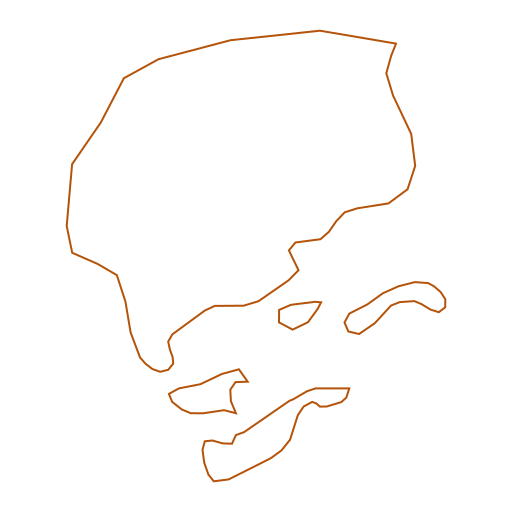 map outline of Central Andros (orthographic projection)
{"feature_id": "BHS-5020", "entity_name": "Central Andros", "entity_type": "District", "adm_level": 1, "iso_a3": "BHS", "parent_name": "The Bahamas", "parent_adm1": "", "projection": "orthographic", "projection_center": [-77.885, 24.401], "detail": "fine", "context": "isolated", "style": "outline", "palette": "amber", "viewbox_px": 512, "rotation_deg": 0, "n_neighbors": 0, "source": "natural_earth", "source_scale": "10m", "svg_char_len": 1534}
<svg xmlns="http://www.w3.org/2000/svg" viewBox="0 0 512 512"><path d="M396.0,43.6L391.1,56.0L386.3,73.3L393.0,95.4L411.2,133.9L415.2,165.9L407.6,189.2L388.5,203.4L357.4,208.3L344.7,212.3L336.1,221.4L328.9,231.8L320.5,239.2L295.4,242.5L288.9,250.4L298.5,270.2L288.6,280.3L258.5,301.2L243.6,305.7L214.8,305.9L204.9,310.5L172.4,334.3L168.2,341.6L169.9,349.6L172.6,356.9L173.2,363.6L168.2,369.8L160.2,371.8L152.3,369.0L145.3,363.5L140.0,357.4L130.6,332.4L125.4,301.4L116.8,275.1L97.5,263.9L72.2,252.8L66.7,226.0L72.1,164.2L100.8,122.5L123.9,78.2L158.5,59.2L230.6,40.2L319.9,30.7L396.0,43.6ZM281.5,450.4L270.8,458.2L228.7,479.4L213.8,481.3L208.4,474.6L204.2,462.5L202.5,449.8L204.8,441.3L212.4,440.5L222.7,443.4L232.0,443.7L235.9,435.1L244.1,432.1L289.5,400.8L293.4,399.2L306.9,391.3L315.4,388.4L349.3,388.4L346.3,397.6L341.3,402.1L326.7,406.5L319.9,406.6L316.4,403.5L312.2,401.9L303.7,406.5L297.9,415.0L290.0,439.8L281.5,450.4ZM374.9,323.1L359.1,334.0L348.4,331.5L344.5,322.5L349.3,313.6L367.4,304.4L382.8,293.3L398.4,286.3L414.9,282.1L428.2,283.1L434.0,286.3L440.6,292.0L445.3,299.2L445.2,307.3L438.8,312.2L430.3,309.5L421.5,304.1L414.4,301.1L399.8,302.1L391.1,305.5L374.9,323.1ZM247.7,381.7L235.5,382.1L230.3,389.7L230.9,401.2L235.9,413.2L224.0,410.2L203.0,413.3L190.7,413.2L181.7,409.4L172.2,401.9L168.9,393.9L178.9,388.4L200.4,384.2L221.8,374.0L238.9,369.3L247.7,381.7ZM291.0,304.8L315.3,301.8L321.1,302.3L317.6,309.0L308.0,322.2L292.6,329.6L279.0,322.4L279.1,309.9L291.0,304.8Z" fill="none" stroke="#b45309" stroke-width="2"/></svg>